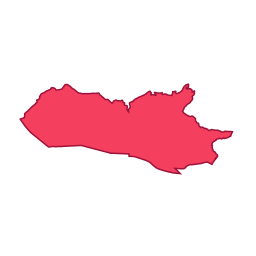 Poiana Campina, Prahova, Romania, rotated 141°
{"feature_id": "2599482B35117184166461", "entity_name": "Poiana Campina", "entity_type": "district", "adm_level": 2, "iso_a3": "ROU", "parent_name": "Romania", "parent_adm1": "Prahova", "projection": "robinson", "projection_center": [25.703, 45.113], "detail": "fine", "context": "isolated", "style": "filled", "palette": "rose", "viewbox_px": 256, "rotation_deg": 141, "n_neighbors": 0, "source": "geoboundaries", "source_scale": "gbopen_adm2", "svg_char_len": 5580}
<svg xmlns="http://www.w3.org/2000/svg" viewBox="0 0 256 256"><g transform="rotate(141 128 128)"><path d="M201.7,163.2L197.6,160.7L196.5,159.4L193.5,157.2L191.7,155.7L190.0,154.6L188.3,153.4L175.5,144.0L174.4,142.7L168.3,134.3L164.3,128.9L163.0,127.1L158.7,121.3L157.5,119.5L143.5,107.2L145.0,105.4L142.3,103.0L140.9,101.5L139.6,99.7L138.8,98.3L134.5,91.7L133.0,88.6L132.4,86.6L131.9,82.7L131.3,80.0L131.0,79.0L130.1,77.1L128.1,73.9L126.0,71.0L124.0,68.2L122.7,66.7L121.6,65.2L120.4,63.9L116.1,59.7L116.9,67.0L111.5,62.1L109.9,61.1L108.2,61.1L106.7,61.4L104.6,61.1L103.1,60.6L101.2,59.1L93.3,54.3L89.4,52.7L87.9,51.6L87.3,50.7L85.7,46.9L83.7,47.7L79.9,48.8L79.8,48.7L78.6,48.9L78.6,49.0L79.0,49.4L78.7,49.5L77.8,49.3L77.7,49.3L77.5,49.5L77.2,49.4L76.9,49.5L76.5,49.4L76.2,49.7L76.1,49.9L75.8,50.2L75.8,50.3L75.5,51.0L75.6,51.5L75.8,51.9L75.9,52.2L75.7,53.1L75.5,53.7L75.5,54.3L75.6,54.8L76.1,55.5L76.3,56.6L75.7,57.3L75.7,58.0L74.4,60.5L74.0,61.0L73.4,61.4L73.5,61.7L73.7,62.0L73.3,62.2L73.0,62.4L73.0,62.8L72.8,63.0L71.9,63.1L71.3,63.6L70.5,63.5L69.4,63.6L68.8,63.2L68.2,63.3L67.6,63.4L67.2,63.1L66.9,63.2L66.8,63.4L66.6,63.5L66.2,63.5L65.6,63.4L64.9,62.9L64.5,62.7L64.2,62.7L63.3,62.4L63.4,62.1L62.6,61.3L62.1,60.6L60.7,60.2L60.3,59.9L60.0,59.8L59.8,59.9L59.6,59.2L59.4,59.0L56.6,57.8L55.1,57.4L54.4,57.4L53.7,57.1L53.2,57.1L52.9,57.3L52.0,58.0L51.7,58.2L50.4,58.7L49.2,59.4L50.7,60.9L51.3,61.2L51.3,61.4L51.9,61.7L52.0,61.9L52.2,62.2L53.7,63.5L53.9,63.5L54.1,63.9L54.5,64.3L55.0,64.6L55.1,64.4L56.0,64.7L56.5,64.9L57.0,65.3L58.1,66.6L58.2,66.9L58.0,67.2L59.0,68.4L59.4,69.6L61.1,71.0L62.3,72.2L62.8,72.7L63.5,73.8L64.1,74.2L65.3,74.6L66.3,74.9L66.9,75.4L67.0,75.6L66.9,76.6L67.1,77.2L67.5,78.1L67.9,78.8L68.5,79.2L69.1,79.6L69.2,80.0L69.0,80.5L69.4,81.5L69.6,81.7L70.2,82.2L71.1,82.5L71.4,84.3L71.5,84.6L71.4,84.9L71.2,85.4L70.4,86.9L70.3,87.2L70.4,87.6L70.9,88.0L71.2,88.4L71.2,88.6L71.0,89.8L71.0,91.0L69.8,92.7L69.7,93.1L70.2,96.2L70.3,96.5L70.8,97.0L71.1,97.2L72.1,97.6L72.4,97.9L73.7,99.5L73.6,100.0L73.7,100.3L74.1,100.9L74.3,101.4L74.6,102.2L74.6,102.9L75.1,103.9L75.2,104.4L75.1,105.2L75.1,106.6L74.8,106.7L73.1,107.4L72.1,108.0L71.6,108.5L71.1,108.6L68.6,108.7L67.7,109.0L66.9,109.0L65.8,108.9L64.4,108.6L63.3,108.8L61.7,109.3L60.7,109.4L59.5,109.9L59.3,110.1L59.0,110.4L58.8,111.2L58.7,111.4L58.5,111.6L58.4,112.0L57.5,112.3L56.1,112.2L55.3,112.7L54.8,112.8L54.6,113.1L54.4,113.6L54.2,113.8L53.1,114.8L53.1,115.1L53.3,115.2L54.4,115.3L55.3,115.6L55.1,115.8L54.6,117.0L54.4,117.6L54.4,118.0L54.9,119.2L55.0,119.1L55.3,119.3L55.4,119.7L55.7,120.2L56.8,120.8L57.5,121.3L57.8,121.8L57.6,122.1L57.6,122.3L57.4,122.3L57.1,122.2L57.0,122.3L56.8,122.4L56.5,121.8L55.9,121.6L55.0,122.1L54.3,122.8L53.8,123.3L53.5,124.0L53.8,124.3L54.5,124.3L55.1,124.7L55.8,125.0L56.0,125.0L56.8,124.9L58.8,124.8L61.3,123.5L62.9,123.1L64.4,123.0L65.1,123.1L66.9,123.4L67.4,123.5L67.8,123.9L68.4,124.1L68.6,124.3L68.8,124.8L68.9,125.1L68.8,125.4L68.5,125.8L67.8,126.4L67.8,126.5L68.1,126.7L69.5,127.4L70.4,128.0L71.1,127.2L71.4,127.0L72.8,126.3L73.5,125.8L74.5,126.6L75.5,127.7L76.3,128.5L76.5,129.2L76.7,129.5L77.0,130.1L77.6,131.0L78.5,131.6L79.3,131.9L79.9,132.3L80.2,132.6L80.2,132.8L80.2,133.0L79.3,133.9L81.2,135.0L82.0,135.7L83.2,136.9L84.4,138.4L84.8,138.8L85.0,138.9L85.3,138.8L85.3,137.2L85.5,136.2L85.7,135.9L85.9,136.0L86.1,136.3L86.4,136.9L87.5,137.8L87.7,138.1L88.2,138.8L88.8,139.0L89.3,139.1L89.3,139.5L89.2,139.7L88.8,140.0L88.1,140.4L87.9,140.6L87.8,140.9L87.8,142.8L88.7,143.1L90.3,143.3L92.7,143.2L93.5,143.4L95.9,143.8L96.8,144.1L98.8,144.6L100.0,145.1L101.7,145.3L103.1,145.6L104.1,145.8L106.8,145.9L107.2,145.6L107.9,145.6L109.5,146.3L110.1,146.5L110.7,146.6L111.1,146.5L111.3,146.3L112.0,145.1L112.6,143.5L112.9,143.0L113.1,142.7L113.7,142.5L114.9,142.4L115.6,142.2L116.3,141.7L117.3,140.3L117.3,140.5L117.4,141.2L117.2,142.7L117.1,143.1L116.6,143.6L115.1,144.9L114.9,145.0L114.8,145.4L114.8,145.7L114.9,146.1L115.2,146.5L116.0,147.3L116.2,147.6L116.3,147.8L116.2,148.3L115.2,149.1L115.0,149.6L115.0,150.0L115.5,150.7L115.7,151.0L115.0,152.4L114.9,152.8L115.0,153.2L115.2,153.4L115.5,153.5L116.7,153.6L116.9,153.7L117.5,154.6L118.9,155.7L119.4,156.6L119.6,157.1L119.9,157.4L121.8,157.9L122.3,157.9L122.6,157.9L124.1,157.2L124.4,157.2L124.6,157.3L124.9,157.9L125.2,159.0L125.3,159.7L125.5,160.1L125.4,160.9L125.5,161.9L125.7,162.6L125.8,162.9L126.2,163.3L127.7,164.3L127.8,164.9L128.1,167.4L128.4,168.6L128.5,169.5L128.9,170.7L128.9,171.8L128.7,172.9L128.7,173.3L128.8,173.5L129.0,173.8L129.3,174.0L130.7,174.8L131.7,175.5L133.2,176.9L133.9,177.4L136.3,178.9L137.6,180.1L139.0,181.0L140.1,182.1L141.4,182.9L141.9,183.4L142.7,184.5L144.0,185.9L144.5,186.8L145.2,189.7L145.5,191.5L145.7,192.2L146.1,193.0L146.5,194.5L146.6,194.8L146.6,196.7L146.7,196.9L147.1,197.9L147.6,199.7L148.3,200.4L148.7,200.8L149.5,201.2L149.8,201.2L150.9,201.0L151.8,200.7L152.6,200.5L153.7,200.2L154.2,199.9L154.5,199.9L155.0,200.0L158.0,201.3L159.9,202.7L160.0,203.0L159.9,204.4L159.9,204.8L161.0,206.6L161.3,206.8L161.9,207.3L162.2,207.4L162.7,207.4L163.0,207.3L163.2,207.0L163.6,206.9L164.3,206.9L165.2,207.2L166.2,207.4L167.3,207.8L168.5,208.1L169.9,208.2L170.8,208.3L173.8,209.1L174.4,209.0L176.4,208.2L177.0,208.0L177.4,207.4L177.9,206.8L178.2,206.7L178.8,206.6L179.6,206.4L180.2,206.6L181.1,207.1L181.5,207.1L181.7,206.7L181.9,206.0L182.3,205.3L182.6,205.2L183.3,205.1L183.7,205.3L184.9,205.0L189.7,204.9L194.1,204.4L196.1,204.2L196.5,204.3L199.2,204.2L200.6,202.6L201.9,201.3L206.2,202.7L206.8,194.1L206.5,185.9L201.7,163.2Z" fill="#f43f5e" stroke="#9f1239" stroke-width="1.5"/></g></svg>